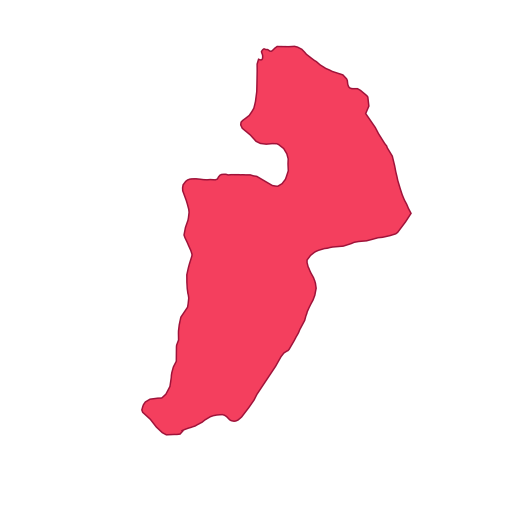 San Miguel Chicaj, Baja Verapaz, Guatemala, rotated 33°
{"feature_id": "79465075B93573685997449", "entity_name": "San Miguel Chicaj", "entity_type": "district", "adm_level": 2, "iso_a3": "GTM", "parent_name": "Guatemala", "parent_adm1": "Baja Verapaz", "projection": "orthographic", "projection_center": [-90.423, 15.141], "detail": "fine", "context": "isolated", "style": "filled", "palette": "rose", "viewbox_px": 512, "rotation_deg": 33, "n_neighbors": 0, "source": "geoboundaries", "source_scale": "gbopen_adm2", "svg_char_len": 3561}
<svg xmlns="http://www.w3.org/2000/svg" viewBox="0 0 512 512"><g transform="rotate(33 256 256)"><path d="M151.0,89.6L152.4,94.4L156.3,100.3L162.6,110.4L167.1,117.7L171.4,126.7L172.4,129.4L173.7,133.2L173.9,136.8L173.8,141.8L172.2,146.4L171.0,149.6L170.6,151.9L171.8,154.4L175.0,156.4L185.4,157.6L193.6,159.8L198.4,159.2L203.7,156.6L208.4,152.9L212.3,150.5L214.3,150.2L220.7,150.8L226.2,153.5L230.1,157.0L232.6,161.2L236.7,167.0L238.4,173.4L238.9,175.7L238.5,181.1L236.3,185.6L234.8,186.5L231.3,188.0L213.3,188.8L210.2,190.2L207.0,191.1L203.5,193.4L200.4,195.2L198.9,196.3L197.6,197.0L190.9,201.3L188.5,203.2L186.4,203.8L184.5,205.0L182.8,206.3L181.8,207.8L181.5,210.1L181.7,212.5L180.4,214.3L176.0,216.8L173.4,218.8L170.5,220.5L167.4,222.0L163.5,224.0L160.3,226.2L158.7,227.5L157.2,229.5L156.4,231.7L156.1,236.0L157.3,238.8L159.0,241.2L167.4,247.5L170.0,249.7L174.1,253.4L176.1,255.8L178.6,260.9L179.5,263.1L180.0,265.2L181.3,270.5L184.2,277.6L186.4,279.3L191.0,282.1L192.2,282.9L193.5,283.8L198.2,286.8L200.8,288.9L201.8,289.9L202.4,291.5L204.5,299.0L205.7,302.7L208.2,309.4L212.3,315.6L216.1,320.8L218.1,323.1L219.1,324.3L220.5,325.6L222.5,327.9L225.1,333.0L226.5,336.2L226.3,348.1L226.7,349.3L227.1,350.3L229.1,355.5L231.8,361.0L232.6,362.3L233.1,363.1L236.8,368.6L238.0,374.0L238.7,375.4L246.5,387.7L247.1,393.8L247.4,394.9L248.9,399.6L250.0,402.1L251.2,404.2L254.9,412.3L255.7,420.9L254.4,426.1L254.0,426.7L251.1,428.7L245.1,433.8L242.7,438.7L242.6,441.9L243.0,443.8L244.1,447.3L246.1,448.8L256.3,450.5L265.5,453.7L273.6,455.2L278.2,454.8L284.6,450.2L286.8,448.8L289.3,446.7L289.9,442.7L289.2,442.6L291.0,439.9L293.2,437.0L294.8,435.2L296.0,433.6L297.5,431.8L298.2,430.4L298.8,429.2L299.8,427.5L300.3,426.5L301.3,424.8L302.4,421.4L305.2,415.7L307.2,413.1L308.5,411.9L309.6,410.8L311.9,409.0L313.3,408.0L314.0,407.4L316.3,406.7L318.8,406.7L323.1,407.7L324.8,407.6L326.2,407.1L327.6,406.5L328.9,405.4L330.2,403.5L331.0,401.0L331.6,398.8L332.5,387.2L332.8,377.8L332.1,371.6L332.5,337.9L331.8,326.8L332.2,322.2L332.9,320.6L333.7,318.9L334.3,318.0L334.6,316.3L334.1,306.0L333.7,301.9L333.5,297.9L333.3,296.4L332.8,294.0L332.4,289.2L331.9,283.5L330.4,278.9L330.2,277.8L329.8,276.2L329.3,274.8L329.0,272.8L328.6,270.2L328.2,266.8L327.8,261.8L326.7,256.9L324.0,250.3L320.7,246.5L318.7,244.8L317.8,244.2L316.1,242.9L311.2,240.3L309.1,239.0L307.0,237.5L305.6,236.7L302.3,233.6L301.0,231.5L301.4,225.8L302.9,221.3L303.6,219.8L305.3,217.2L309.4,212.4L310.3,211.7L312.0,210.2L313.3,208.7L315.4,206.7L323.8,200.2L329.1,193.7L330.9,191.0L334.0,188.1L336.9,185.8L340.4,183.1L344.5,178.6L348.4,174.2L351.8,171.5L353.8,169.5L357.3,165.9L361.1,161.3L361.9,159.1L362.8,146.0L362.8,135.8L357.8,133.0L354.1,130.5L350.4,128.5L348.7,127.4L345.1,124.9L340.4,121.1L335.7,117.1L333.8,115.5L330.8,112.5L327.4,109.3L323.0,104.7L315.9,98.0L307.2,93.8L305.5,92.5L304.4,92.2L302.7,91.6L292.1,86.7L286.1,83.3L270.4,76.8L269.0,68.8L263.2,61.8L262.3,61.4L261.5,61.2L253.5,60.2L250.0,60.4L245.3,63.4L243.2,64.0L241.5,63.6L239.5,62.1L237.0,59.1L235.5,58.1L230.2,56.8L219.4,59.7L216.3,60.0L212.3,60.7L205.7,60.8L200.8,60.1L198.1,60.2L194.3,59.9L188.4,59.4L185.8,58.6L181.8,57.7L177.0,58.2L174.1,59.2L169.5,62.6L159.6,68.8L159.2,69.9L158.6,71.4L158.2,73.3L157.8,74.9L157.3,76.0L156.1,76.6L155.3,76.6L154.0,76.5L153.2,76.6L152.5,77.1L151.5,77.6L150.7,77.7L149.9,77.9L149.4,79.0L149.3,79.6L149.2,80.8L149.3,81.7L150.1,82.4L150.6,82.8L151.2,83.2L151.8,83.7L152.6,84.5L153.5,86.0L154.0,87.1L154.0,88.0L153.4,88.9L152.4,89.3L151.0,89.6Z" fill="#f43f5e" stroke="#9f1239" stroke-width="1.5"/></g></svg>